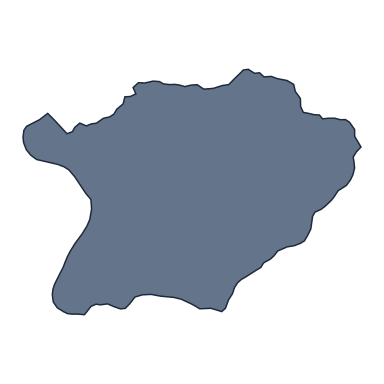 Itaju, São Paulo, Brazil
{"feature_id": "56859067B23985784357287", "entity_name": "Itaju", "entity_type": "district", "adm_level": 2, "iso_a3": "BRA", "parent_name": "Brazil", "parent_adm1": "São Paulo", "projection": "natural_earth1", "projection_center": [-48.797, -21.954], "detail": "fine", "context": "isolated", "style": "filled", "palette": "slate", "viewbox_px": 384, "rotation_deg": 0, "n_neighbors": 0, "source": "geoboundaries", "source_scale": "gbopen_adm2", "svg_char_len": 1888}
<svg xmlns="http://www.w3.org/2000/svg" viewBox="0 0 384 384"><path d="M84.5,314.7L91.0,306.4L96.0,304.2L100.4,304.8L107.6,303.9L114.1,306.7L120.4,308.9L125.2,308.4L129.6,303.9L135.0,297.0L142.5,294.8L151.1,294.4L160.8,296.2L166.3,296.7L173.8,297.4L181.2,299.2L191.3,303.9L195.5,306.2L199.7,308.8L210.8,308.3L215.7,309.7L221.7,311.6L225.4,308.4L228.6,299.8L232.4,293.8L234.6,287.4L237.7,282.6L241.4,279.4L246.7,276.3L252.5,272.6L256.9,269.8L260.8,267.5L263.6,262.9L270.5,259.0L273.9,255.9L277.7,251.0L287.0,246.9L293.9,245.8L300.3,243.4L304.5,240.8L307.7,235.3L310.8,229.0L312.6,216.3L315.0,212.1L321.0,209.4L325.3,206.1L331.1,200.6L334.0,197.0L338.1,190.7L346.3,185.5L350.3,180.2L352.9,174.8L354.6,168.1L354.0,162.0L353.2,157.1L356.2,152.1L361.0,147.0L357.8,141.7L354.7,136.4L354.6,129.5L349.5,122.2L345.5,119.6L340.4,119.7L334.6,118.2L329.0,118.2L322.6,118.8L319.4,115.0L314.2,114.7L308.3,113.3L303.3,112.4L300.6,106.4L300.4,98.5L295.3,91.5L293.7,84.4L287.0,80.5L277.2,78.6L271.2,76.4L264.0,76.9L259.6,72.8L254.5,73.3L248.3,69.3L243.3,70.0L239.5,73.9L235.8,77.4L232.5,80.7L228.8,84.6L222.4,85.5L213.6,88.3L208.5,88.8L203.7,89.1L197.2,84.7L191.1,85.1L184.9,86.6L179.6,85.1L175.2,84.4L169.9,84.6L163.4,83.9L159.5,81.6L153.2,81.1L144.8,83.0L138.4,82.7L133.1,87.6L135.9,93.9L130.3,96.5L124.9,96.8L123.1,103.9L116.8,109.2L113.9,114.1L109.6,116.9L103.4,118.3L96.4,123.2L91.7,123.8L86.3,125.9L79.8,123.1L74.9,127.3L72.4,131.7L67.0,133.7L54.2,119.9L47.7,113.4L39.5,119.7L26.6,126.3L23.9,130.3L23.0,137.3L23.6,142.6L26.3,149.7L30.7,155.1L36.6,159.5L57.4,164.3L63.8,166.7L68.8,169.8L74.7,176.7L85.8,193.4L90.9,199.5L91.6,208.9L89.8,219.4L87.0,226.0L81.9,234.2L74.9,243.6L69.7,252.2L67.3,256.9L65.3,261.7L63.1,267.5L59.9,273.6L54.6,284.2L53.0,289.1L52.3,294.6L53.3,302.0L57.3,307.8L63.4,311.6L67.5,313.6L71.9,314.1L77.8,314.1L84.5,314.7Z" fill="#64748b" stroke="#1e293b" stroke-width="1.5"/></svg>